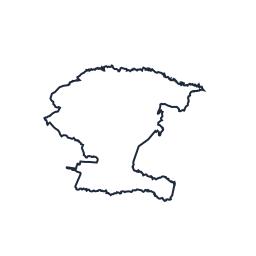 Ixtapan de la Sal, México, Mexico (orthographic projection), rotated 312°
{"feature_id": "50627088B70229616994198", "entity_name": "Ixtapan de la Sal", "entity_type": "district", "adm_level": 2, "iso_a3": "MEX", "parent_name": "Mexico", "parent_adm1": "México", "projection": "orthographic", "projection_center": [-99.696, 18.841], "detail": "fine", "context": "isolated", "style": "outline", "palette": "slate", "viewbox_px": 256, "rotation_deg": 312, "n_neighbors": 0, "source": "geoboundaries", "source_scale": "gbopen_adm2", "svg_char_len": 5843}
<svg xmlns="http://www.w3.org/2000/svg" viewBox="0 0 256 256"><g transform="rotate(312 128 128)"><path d="M69.1,161.4L70.2,161.4L71.8,163.1L72.8,162.7L73.8,164.3L73.9,165.9L74.2,166.1L74.9,166.4L76.1,165.5L76.8,165.9L78.1,167.4L78.3,168.7L79.3,169.0L81.6,171.1L82.7,173.3L83.3,173.5L84.8,173.2L86.9,175.5L88.1,175.6L88.4,175.8L90.8,179.9L90.6,181.1L90.8,182.1L92.1,182.5L93.5,182.3L94.0,182.7L94.1,183.3L93.9,184.5L95.4,184.4L95.5,185.0L95.0,186.1L96.5,187.3L96.8,188.9L97.4,190.3L97.3,190.9L96.4,191.5L96.5,191.9L97.0,192.1L96.9,192.4L96.7,192.8L95.8,193.1L95.6,193.7L96.4,194.9L96.1,196.9L96.3,198.2L97.0,199.2L98.8,200.0L99.0,200.6L98.4,201.8L98.6,202.4L98.3,203.9L99.4,204.7L100.0,204.7L100.6,204.3L101.7,205.4L102.1,206.4L102.7,207.1L103.8,207.5L104.2,206.5L105.3,206.1L107.4,206.0L116.5,200.7L116.8,200.9L117.3,200.3L117.0,200.0L117.7,198.9L118.3,199.6L118.9,198.7L118.5,198.6L117.9,197.6L117.7,197.9L116.9,196.5L117.4,196.0L116.7,195.5L116.5,192.4L116.7,192.5L117.9,191.6L116.5,191.8L116.3,188.2L116.5,188.2L115.1,186.0L112.8,185.4L112.0,184.5L111.3,184.4L110.9,183.9L108.7,183.3L108.4,182.9L108.5,181.2L107.8,180.6L106.5,180.4L107.7,178.5L107.7,177.5L107.5,177.2L106.9,177.1L106.8,177.6L105.3,174.6L105.8,173.1L105.5,172.3L103.0,171.0L103.9,169.6L104.1,168.1L103.8,167.7L104.2,166.8L103.5,166.0L102.6,165.5L102.6,165.3L103.4,164.7L103.5,164.0L103.0,163.9L101.9,164.4L101.6,164.1L101.5,162.7L100.8,161.7L100.6,160.4L101.2,159.6L101.4,158.8L102.9,157.4L102.7,157.2L104.6,156.7L104.9,156.0L106.7,154.5L121.6,148.2L133.0,150.7L144.0,150.3L143.9,151.5L145.7,151.6L145.5,154.6L144.5,154.7L143.4,155.9L143.6,156.5L144.0,156.7L145.4,156.2L145.6,155.4L150.0,155.4L150.5,155.0L150.7,153.8L151.0,153.6L151.3,153.8L151.5,153.4L151.2,152.5L151.4,149.8L150.6,148.3L152.3,146.9L155.6,147.5L156.4,148.0L156.6,146.9L157.4,145.9L159.7,145.8L161.5,143.6L163.1,143.0L162.7,142.2L163.1,141.1L159.7,141.2L158.7,140.7L159.0,140.2L161.6,139.1L162.9,139.2L163.6,138.6L165.8,137.5L167.1,136.3L168.3,136.6L169.2,138.3L169.8,138.5L170.5,139.4L171.5,143.0L172.6,145.1L172.6,146.0L176.3,150.2L176.3,152.0L176.0,153.4L174.8,154.7L175.2,155.4L178.1,156.8L178.4,158.0L179.4,157.9L179.7,157.5L182.6,156.7L185.0,157.2L186.4,155.9L188.1,155.5L188.3,155.0L189.0,154.7L190.7,152.3L191.5,152.2L191.9,151.8L193.7,152.4L194.8,151.2L196.8,150.7L198.2,151.3L199.1,152.4L199.3,152.2L199.5,152.6L200.1,152.7L201.8,154.7L202.3,154.7L203.6,156.0L204.6,155.7L205.0,156.6L205.8,157.0L206.7,158.8L206.9,157.4L208.0,155.2L207.2,154.2L206.0,153.9L205.9,153.2L206.1,152.5L207.4,152.1L207.8,151.4L205.0,151.4L205.2,148.9L204.6,148.3L204.0,148.9L203.4,147.1L203.7,146.4L202.3,145.7L202.5,144.8L202.1,144.2L201.2,144.3L200.2,143.6L199.3,143.9L198.9,142.5L198.1,142.2L197.4,141.4L197.0,140.6L197.2,139.8L198.0,139.9L198.6,139.7L197.9,137.4L197.5,137.0L197.3,137.8L196.1,138.8L195.4,138.7L195.8,136.8L194.8,136.5L194.5,135.4L194.9,134.0L194.4,133.4L195.2,132.1L194.9,131.7L195.2,130.8L194.5,130.6L195.2,129.2L195.0,128.9L194.2,129.3L193.3,129.1L192.0,127.5L192.3,127.0L193.0,126.6L192.2,126.4L192.0,125.7L192.6,124.5L192.7,123.4L191.4,122.8L190.5,120.5L190.9,120.0L191.8,120.3L192.7,118.5L192.2,118.1L191.5,118.3L191.1,117.8L191.4,117.4L191.3,116.0L189.7,112.9L188.5,112.7L187.8,111.2L187.8,106.7L186.4,107.0L185.9,106.7L186.5,105.3L186.4,104.2L184.8,105.0L184.4,104.3L185.5,103.1L185.2,102.5L183.2,102.5L183.0,102.0L183.8,101.5L183.2,99.1L181.2,99.4L180.1,100.0L179.9,97.7L179.0,97.4L178.0,96.2L177.1,96.4L176.6,95.8L176.7,94.8L176.2,94.0L176.3,93.2L175.6,92.3L174.2,92.7L173.8,91.7L171.8,91.7L171.5,89.8L169.9,88.7L170.8,88.2L170.7,86.9L169.9,86.4L168.4,82.9L167.4,82.5L165.9,83.2L164.3,83.5L163.8,82.9L164.4,81.8L164.1,79.9L162.9,78.7L162.8,76.9L163.8,74.7L163.5,74.1L162.5,74.6L161.2,73.7L160.8,72.7L159.5,72.0L159.5,70.6L157.5,69.4L156.0,70.3L154.8,71.9L154.3,71.1L154.3,69.6L155.8,68.7L155.8,67.8L153.8,68.5L153.6,67.1L152.5,66.9L152.1,66.4L152.5,65.3L151.9,64.9L151.0,65.0L150.4,64.2L149.2,64.5L148.5,63.1L147.3,62.5L147.3,61.6L146.7,61.6L146.5,61.0L145.6,61.1L145.6,60.6L144.6,60.7L144.9,59.6L144.0,59.3L143.4,58.3L142.7,59.0L141.4,58.3L139.3,58.3L138.7,57.8L136.3,57.1L134.6,57.2L131.8,56.4L131.4,57.3L131.2,60.1L129.1,58.4L129.2,57.8L128.5,57.6L126.5,56.2L126.0,55.4L125.3,55.6L124.9,55.1L123.8,54.9L123.5,54.5L123.2,54.7L122.6,54.4L121.9,54.7L121.3,55.3L120.6,54.7L120.0,55.0L116.1,51.7L112.3,49.8L105.9,49.7L102.6,48.5L98.1,50.6L97.5,51.7L97.2,53.6L97.5,54.9L95.7,56.7L95.8,58.5L95.1,59.6L95.7,61.4L96.8,62.8L97.2,62.6L97.6,63.9L93.5,64.9L92.3,64.2L92.0,63.6L90.0,62.7L87.5,62.0L86.2,62.1L85.1,61.7L84.9,61.9L83.5,61.3L82.9,60.8L81.4,60.6L80.6,59.6L79.4,59.3L78.7,61.1L79.1,61.9L78.4,63.4L76.6,65.6L76.6,66.1L78.0,65.9L79.7,66.3L79.0,72.1L79.0,74.3L79.5,77.4L79.0,79.9L78.0,81.4L77.3,84.2L79.4,84.8L80.8,86.5L81.2,87.7L80.6,89.8L81.6,91.3L82.5,93.7L84.4,94.4L83.6,97.0L84.3,97.2L84.5,98.4L85.2,98.7L85.5,99.9L84.9,100.2L85.3,102.8L84.6,103.8L85.4,105.9L82.3,107.1L79.7,112.2L78.3,113.1L78.5,114.6L78.0,116.3L78.5,117.2L79.9,117.0L81.1,117.8L82.3,120.0L82.2,120.4L82.8,120.7L83.1,121.5L83.9,121.5L85.0,124.0L84.7,126.2L83.6,127.1L81.4,127.9L76.6,121.6L74.3,119.1L71.3,115.1L68.7,116.5L68.0,116.1L68.3,115.2L67.7,114.4L64.7,115.6L63.1,116.6L57.9,108.9L57.5,109.0L57.4,109.5L58.4,111.4L59.7,112.3L59.7,114.7L61.2,116.8L61.4,119.3L62.9,122.5L62.2,123.5L60.3,124.2L49.3,127.9L48.7,128.9L48.9,129.5L48.0,130.7L48.2,131.6L49.6,132.8L50.8,132.8L51.6,133.8L51.4,134.7L51.9,135.2L53.1,135.3L53.6,137.2L54.8,137.7L54.9,138.2L53.8,138.9L53.7,139.2L55.4,139.6L56.1,140.3L55.7,141.7L56.3,143.2L57.3,144.0L58.4,144.2L58.7,144.5L58.5,145.1L58.7,145.6L61.1,147.8L62.0,147.7L63.4,149.0L63.2,150.0L63.4,150.5L64.2,150.8L64.7,152.4L66.1,153.4L66.8,153.4L66.4,154.7L65.2,155.5L66.6,157.0L66.3,157.7L66.7,159.2L66.6,160.1L68.1,160.4L69.1,161.4Z" fill="none" stroke="#1e293b" stroke-width="2"/></g></svg>